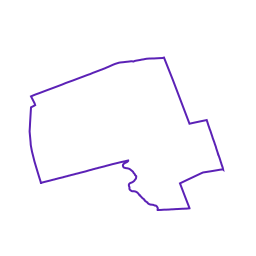 outline of Seaca, Olt, Romania, rotated 190°
{"feature_id": "2599482B6293048633875", "entity_name": "Seaca", "entity_type": "district", "adm_level": 2, "iso_a3": "ROU", "parent_name": "Romania", "parent_adm1": "Olt", "projection": "orthographic", "projection_center": [24.742, 44.162], "detail": "fine", "context": "isolated", "style": "outline", "palette": "violet", "viewbox_px": 256, "rotation_deg": 190, "n_neighbors": 0, "source": "geoboundaries", "source_scale": "gbopen_adm2", "svg_char_len": 5093}
<svg xmlns="http://www.w3.org/2000/svg" viewBox="0 0 256 256"><g transform="rotate(190 128 128)"><path d="M229.0,142.3L224.3,136.1L223.4,134.4L224.2,133.7L227.1,131.5L225.3,115.8L224.9,112.7L224.3,107.5L221.5,97.2L220.9,94.7L220.5,93.5L218.5,88.2L216.3,83.3L214.3,78.8L210.9,72.0L207.0,64.3L205.0,60.5L204.5,59.4L204.2,58.7L203.7,58.8L203.5,59.0L203.3,59.2L203.2,59.3L203.0,59.5L202.7,59.6L202.4,59.7L202.1,59.8L201.3,60.2L201.1,60.3L195.2,62.9L194.4,63.3L193.5,63.7L192.7,64.1L191.9,64.4L191.0,64.8L190.5,65.1L189.8,65.4L189.1,65.7L188.3,66.1L187.6,66.4L187.0,66.7L186.4,66.9L185.6,67.3L185.3,67.4L184.8,67.6L184.2,67.9L183.6,68.1L183.0,68.4L182.6,68.7L182.0,68.9L181.2,69.3L180.3,69.7L179.3,70.1L178.6,70.5L178.0,70.8L177.2,71.1L176.4,71.5L175.4,72.0L174.6,72.3L173.7,72.7L172.8,73.1L172.0,73.5L171.2,73.9L170.4,74.2L169.5,74.6L168.8,74.9L168.0,75.3L167.4,75.6L166.7,75.9L166.0,76.2L164.9,76.7L164.0,77.1L163.1,77.5L162.0,78.0L160.8,78.6L160.3,78.9L159.4,79.3L158.9,79.6L157.5,80.2L157.1,80.4L156.4,80.7L155.5,81.2L154.1,81.8L153.5,82.1L152.7,82.5L151.7,82.9L150.8,83.3L149.9,83.8L149.4,84.0L148.4,84.4L147.8,84.7L147.1,85.0L146.2,85.4L145.3,85.8L144.6,86.1L143.8,86.5L143.0,86.9L142.6,87.1L140.8,87.9L138.9,88.8L137.0,89.7L135.6,90.3L134.9,90.6L133.5,91.2L131.9,91.9L130.1,92.7L128.0,93.6L127.0,94.0L126.0,94.4L125.4,94.6L124.8,94.9L123.9,95.3L123.0,95.7L122.5,95.9L122.2,96.0L122.1,95.7L122.4,95.1L123.1,94.3L123.9,93.7L124.7,93.2L125.4,92.5L126.0,92.0L126.3,91.5L126.5,91.0L126.5,90.7L126.5,90.1L126.2,89.4L125.8,88.9L125.6,88.6L125.3,88.4L124.6,88.2L123.8,88.2L122.9,88.1L122.0,88.2L121.5,88.2L120.4,88.1L119.7,88.0L118.9,87.7L117.6,87.0L116.5,86.4L115.8,86.0L115.3,85.6L114.9,85.0L114.5,84.6L113.8,84.1L113.4,83.7L113.1,83.4L112.9,82.9L112.6,82.7L112.3,82.5L111.9,82.3L111.7,82.1L111.5,81.9L111.5,81.5L111.4,81.1L111.4,80.7L111.4,80.1L111.4,79.6L111.6,79.2L111.8,78.8L112.2,78.2L112.4,77.7L112.7,77.0L113.0,76.7L113.6,76.0L114.4,75.3L115.3,74.7L116.1,74.3L116.5,73.9L116.8,73.6L117.1,73.2L117.2,72.6L117.3,72.2L117.2,71.8L117.1,71.4L116.9,70.9L116.6,70.5L116.3,69.9L116.2,69.5L116.1,69.1L116.1,68.6L115.9,68.1L115.7,67.8L115.5,67.6L114.9,67.2L114.4,67.0L113.9,66.7L113.4,66.5L113.1,66.5L112.6,66.5L112.0,66.6L111.7,66.7L111.0,66.7L110.3,66.8L109.7,66.7L109.0,66.6L108.6,66.4L108.1,66.3L107.8,66.1L107.6,66.0L107.4,65.9L107.0,65.6L106.7,65.4L106.4,65.2L106.1,64.9L105.9,64.7L105.7,64.5L105.4,64.2L105.2,64.0L105.0,63.8L104.9,63.8L104.7,63.8L104.7,63.6L104.3,63.4L104.1,63.3L103.9,63.1L103.3,62.8L103.0,62.5L102.7,62.3L102.4,62.0L102.1,61.8L101.6,61.5L101.3,61.3L101.1,61.2L100.9,61.1L100.5,60.9L100.2,60.8L99.9,60.6L99.7,60.4L99.4,60.1L99.3,59.9L99.1,59.8L99.1,59.7L98.9,59.6L98.6,59.3L98.5,59.2L98.3,59.1L98.1,58.9L97.8,58.8L97.5,58.7L97.2,58.6L96.8,58.4L96.6,58.3L96.3,58.2L96.1,58.1L95.9,58.0L95.8,57.8L95.6,57.5L95.5,57.4L95.4,57.3L95.0,57.2L94.8,57.1L94.5,56.9L94.1,56.8L93.8,56.7L93.5,56.6L93.3,56.6L93.1,56.6L92.9,56.6L92.7,56.5L92.4,56.5L92.0,56.6L91.3,56.6L90.8,56.6L90.3,56.7L89.9,56.7L89.7,56.7L89.4,56.6L89.0,56.5L88.6,56.4L88.1,56.3L87.9,56.3L87.7,56.4L87.3,56.4L87.1,56.4L86.9,56.3L86.7,56.2L86.3,56.0L86.0,55.7L85.7,55.5L85.6,55.3L85.3,55.0L85.2,54.9L85.0,54.6L84.9,54.4L84.8,54.2L84.7,54.1L84.7,53.9L84.7,53.4L84.7,53.0L84.7,52.6L84.6,52.4L83.5,52.6L81.5,53.0L79.2,53.6L78.4,53.8L76.3,54.2L73.5,54.8L72.4,55.1L71.2,55.4L68.9,55.9L67.0,56.4L65.5,56.7L63.9,57.1L62.2,57.5L60.5,57.9L58.1,58.4L56.8,58.7L56.6,58.7L56.4,58.8L55.9,58.9L54.9,59.2L54.3,59.4L54.0,59.4L53.5,59.6L53.6,59.9L53.7,60.0L53.9,60.4L60.2,70.8L67.2,82.5L61.1,86.9L55.0,91.2L54.6,91.5L47.5,96.5L47.3,96.6L46.6,97.1L46.2,97.3L43.2,98.3L41.5,98.9L39.4,99.6L33.2,101.8L30.7,102.7L30.2,102.9L28.8,103.3L28.2,103.5L27.5,103.7L27.1,103.5L27.9,105.5L28.1,105.9L28.6,106.7L28.6,106.8L29.2,107.8L29.8,108.9L30.2,109.8L30.8,110.8L31.2,111.6L31.9,113.0L32.5,114.1L33.0,115.0L33.5,115.8L33.7,116.3L34.3,117.2L34.7,118.0L34.8,117.9L35.6,119.6L36.1,120.6L36.5,121.2L36.9,122.1L37.4,122.9L37.7,123.6L38.1,124.5L38.6,125.4L39.1,126.3L39.7,127.3L40.2,128.3L40.8,129.4L41.7,130.9L42.2,131.8L42.6,132.4L43.1,133.4L43.5,134.2L44.1,135.3L44.6,136.2L45.4,137.7L46.3,139.4L47.1,140.7L47.7,141.7L48.2,142.7L48.9,143.9L49.2,144.4L49.7,145.4L51.0,147.9L51.2,148.2L51.3,148.5L51.5,148.7L51.9,149.5L62.9,145.1L68.2,142.9L89.3,178.3L92.1,183.0L104.8,203.6L106.2,202.9L107.6,202.6L112.4,201.5L114.0,201.1L116.1,200.7L119.5,200.0L120.3,199.8L121.8,199.4L123.4,198.8L124.6,198.3L126.2,197.8L127.2,197.4L127.6,197.2L131.8,195.7L133.0,195.2L133.4,195.0L133.6,194.8L133.8,194.6L134.2,194.4L134.6,194.4L135.7,194.4L136.4,194.3L139.6,193.3L141.1,192.9L144.0,192.0L145.5,191.6L146.6,191.3L147.5,191.0L148.1,190.8L151.8,188.9L153.9,187.6L158.3,184.6L159.3,184.0L159.9,183.6L161.2,182.7L162.9,181.7L163.8,181.1L165.1,180.4L166.9,179.3L169.1,178.0L171.1,176.8L171.7,176.5L175.0,174.3L175.5,174.1L177.8,172.8L180.8,171.0L183.7,169.3L186.9,167.4L190.4,165.3L194.3,163.1L197.1,161.5L200.5,159.3L204.2,157.1L209.3,154.1L214.1,151.3L216.8,149.7L221.3,147.0L225.0,144.9L226.9,143.7L229.0,142.3Z" fill="none" stroke="#5b21b6" stroke-width="2"/></g></svg>